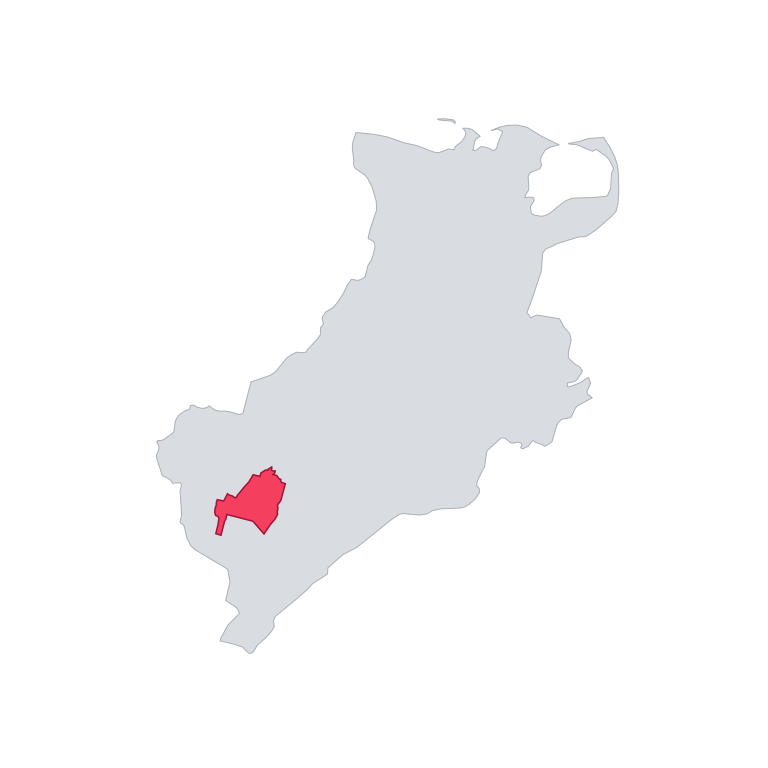 Yoloten, Mary, Turkmenistan shown in context, rotated 105°
{"feature_id": "10190150B71181095534415", "entity_name": "Yoloten", "entity_type": "district", "adm_level": 2, "iso_a3": "TKM", "parent_name": "Turkmenistan", "parent_adm1": "Mary", "projection": "mercator", "projection_center": [63.056, 37.187], "detail": "fine", "context": "in_parent", "style": "filled", "palette": "rose", "viewbox_px": 768, "rotation_deg": 105, "n_neighbors": 0, "source": "geoboundaries", "source_scale": "gbopen_adm2", "svg_char_len": 4728}
<svg xmlns="http://www.w3.org/2000/svg" viewBox="0 0 768 768"><g transform="rotate(105 384 384)"><path d="M234.4,261.3L267.6,263.2L277.8,264.5L282.0,259.7L281.8,258.5L280.3,257.5L277.8,254.1L275.6,231.5L278.5,228.2L281.8,225.8L286.6,218.7L289.2,216.5L293.0,214.6L305.7,214.1L311.1,212.7L315.6,204.5L316.6,199.7L320.0,195.9L322.0,196.0L330.6,199.2L332.5,200.9L335.4,206.9L338.6,206.6L339.1,205.6L338.7,204.3L336.3,200.5L330.9,193.7L325.6,189.4L325.1,188.0L329.7,184.6L338.7,186.0L341.0,184.9L343.4,179.4L355.4,191.7L357.7,192.9L367.2,194.6L368.9,196.3L372.1,203.3L375.3,205.2L379.4,206.5L396.4,206.8L401.7,211.5L402.6,212.7L401.5,216.0L401.2,222.4L399.9,224.9L400.7,226.0L406.8,228.6L410.3,232.7L410.7,234.5L409.7,235.6L406.8,235.0L405.5,236.9L405.5,240.2L407.5,243.3L408.1,246.1L405.2,252.7L405.1,255.4L406.0,257.0L421.3,266.9L423.7,267.2L438.5,265.4L441.3,266.5L454.2,268.7L457.8,268.3L460.2,265.2L462.6,263.9L464.8,263.8L470.9,265.9L477.4,270.1L481.7,274.0L483.8,277.5L489.8,296.6L493.7,304.4L498.2,308.5L501.4,315.9L504.2,332.1L506.0,335.4L512.9,341.7L548.7,367.8L559.4,379.5L576.1,390.6L582.2,389.4L595.2,401.2L603.5,405.7L614.2,412.8L636.6,428.8L641.4,429.5L646.8,427.2L651.6,428.5L660.0,432.6L669.0,438.8L676.7,440.9L678.9,443.6L679.0,445.1L674.7,452.8L674.1,462.7L674.6,475.8L672.5,476.0L657.3,472.4L642.9,464.2L639.5,466.9L637.8,469.6L634.2,480.9L614.8,481.6L603.3,487.2L592.9,523.9L590.6,528.4L584.2,534.3L573.1,540.2L571.4,542.5L571.0,544.7L569.7,545.4L563.5,545.4L540.1,553.3L535.0,553.3L533.0,554.0L532.1,555.4L534.6,562.6L532.5,564.7L531.0,568.3L529.9,574.5L514.5,584.3L511.3,585.4L505.1,584.5L501.9,585.5L498.6,588.6L497.1,587.7L496.3,584.5L494.7,582.5L485.1,574.6L474.1,575.9L470.0,575.2L466.7,573.9L461.6,569.4L458.4,565.1L455.0,565.6L454.0,563.6L453.9,561.2L454.8,558.3L454.6,552.8L452.6,548.9L450.4,547.2L452.9,540.9L452.9,536.2L451.4,531.0L450.7,523.6L451.1,516.4L449.0,512.7L416.5,513.0L404.9,496.0L400.2,491.9L384.0,484.7L379.6,480.9L375.9,476.6L374.9,470.8L373.2,467.3L370.6,466.8L357.9,460.0L352.9,458.2L346.0,459.9L341.8,458.0L337.0,460.6L335.0,460.7L329.7,459.1L323.4,453.0L318.0,450.4L306.7,446.5L298.8,445.3L291.8,442.9L291.1,442.0L290.9,436.7L289.9,434.6L287.9,432.0L285.2,430.0L273.2,430.2L267.7,428.2L263.3,427.9L253.7,428.2L250.6,429.7L248.9,431.3L247.7,436.5L246.7,437.2L237.4,437.4L217.7,436.2L209.5,438.8L196.7,446.6L189.4,453.2L187.3,456.1L183.0,467.8L181.0,469.4L178.5,470.8L176.0,471.0L164.4,475.6L159.8,476.7L148.3,476.1L145.5,458.9L144.5,445.3L145.8,426.3L145.2,414.1L147.1,395.4L146.4,390.9L140.3,382.6L139.5,376.9L135.9,376.5L129.9,371.7L124.1,369.8L121.2,369.7L118.6,371.1L116.6,373.9L115.3,369.5L115.3,364.9L119.9,355.3L122.8,358.1L126.4,359.2L135.3,358.6L134.4,355.4L129.8,352.0L128.9,347.7L129.2,343.2L130.4,339.0L129.1,337.3L127.0,336.2L122.2,336.3L109.6,334.7L108.1,339.7L111.6,346.3L105.9,338.8L102.0,331.1L99.4,322.0L99.0,312.3L103.8,296.5L107.7,277.0L112.6,285.2L116.2,288.8L124.0,291.1L127.8,290.6L131.8,288.5L135.8,289.2L142.0,297.6L146.4,298.5L155.6,295.3L159.9,294.6L163.7,296.0L167.6,296.1L165.9,292.1L165.2,288.3L167.5,286.3L174.7,288.4L180.4,286.2L181.5,285.2L182.0,281.8L181.2,275.2L179.9,272.4L176.6,268.4L163.7,259.0L159.4,255.2L155.8,250.3L149.9,230.8L145.4,218.3L143.7,216.8L136.2,215.7L122.0,218.8L117.0,218.1L114.6,219.5L108.9,224.7L106.2,229.3L102.4,239.6L105.2,242.9L103.0,260.2L104.3,267.5L103.9,268.1L99.6,258.9L93.8,249.7L89.0,235.7L97.5,226.5L104.7,220.0L112.4,215.1L120.5,211.8L138.7,206.7L148.8,204.8L156.9,204.5L163.2,207.6L180.1,219.0L187.5,225.4L189.6,228.0L191.6,234.1L204.0,253.7L206.9,256.5L211.7,262.7L216.3,264.6L234.4,261.3ZM114.7,398.7L114.3,401.2L112.0,393.7L110.9,385.3L112.3,382.9L114.0,383.1L112.4,386.1L114.7,398.7Z" fill="#d9dde1" stroke="#a8b0b8" stroke-width="1"/><path d="M542.9,454.4L538.3,453.2L537.3,453.1L535.4,453.9L531.3,454.3L529.6,455.2L528.4,455.6L526.3,454.7L523.4,453.5L518.9,453.5L513.9,453.5L509.0,453.5L505.8,453.5L505.7,455.8L505.5,457.5L504.7,458.7L502.8,459.0L503.1,459.7L502.4,461.2L501.4,462.4L500.1,463.9L500.2,467.8L499.3,467.2L498.1,466.4L496.1,466.6L496.8,468.4L496.4,470.4L495.3,470.6L494.4,470.5L493.2,471.0L496.6,474.1L497.5,474.1L497.7,476.1L501.8,479.9L505.3,479.9L505.5,486.9L513.6,489.2L519.9,492.5L526.0,495.2L529.0,496.7L532.1,497.5L532.3,499.0L531.4,501.5L531.3,504.8L530.5,506.8L537.5,508.3L538.5,508.8L538.6,510.8L538.7,512.1L538.8,515.1L541.8,515.3L544.0,514.7L547.8,514.9L551.9,514.3L554.6,512.6L554.8,510.4L556.3,508.7L560.0,508.3L561.3,508.1L563.3,507.9L564.5,507.9L566.4,507.9L566.5,507.9L572.1,507.7L572.3,502.3L557.5,502.5L556.7,502.2L555.7,501.7L550.7,502.1L550.6,490.5L550.5,475.1L559.9,461.1L559.6,461.0L549.2,457.4L542.9,454.4Z" fill="#f43f5e" stroke="#9f1239" stroke-width="1.5"/></g></svg>